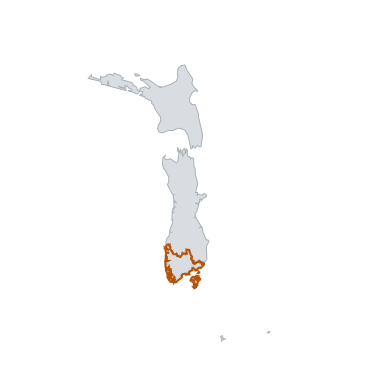 Southland District, Southland, New Zealand (highlighted), rotated 315°
{"feature_id": "76426892B99609638104575", "entity_name": "Southland District", "entity_type": "district", "adm_level": 2, "iso_a3": "NZL", "parent_name": "New Zealand", "parent_adm1": "Southland", "projection": "equal_earth", "projection_center": [167.626, -45.773], "detail": "fine", "context": "in_parent", "style": "outline", "palette": "amber", "viewbox_px": 384, "rotation_deg": 315, "n_neighbors": 0, "source": "geoboundaries", "source_scale": "gbopen_adm2", "svg_char_len": 9358}
<svg xmlns="http://www.w3.org/2000/svg" viewBox="0 0 384 384"><g transform="rotate(315 192 192)"><path d="M201.6,160.5L203.1,160.6L210.0,155.5L212.8,154.4L213.6,154.2L212.0,155.8L212.3,156.9L210.7,160.4L212.0,159.9L212.9,157.4L213.8,156.9L213.5,155.6L217.5,156.0L216.1,158.5L213.9,159.9L215.2,160.0L218.4,157.5L218.3,159.0L214.2,163.2L215.3,165.5L214.2,167.4L215.4,167.1L216.8,168.6L215.9,170.5L211.4,175.3L210.7,177.7L206.7,182.0L202.2,189.9L194.2,194.9L195.6,196.3L192.8,198.2L195.0,197.9L196.4,200.9L199.9,201.8L200.1,204.7L197.8,205.5L195.6,204.2L192.3,204.7L193.4,203.5L192.1,202.7L189.6,205.1L186.3,202.3L188.1,205.6L181.2,209.3L178.4,209.6L177.3,211.7L175.7,211.8L176.6,212.4L174.3,222.7L172.4,222.7L174.1,223.8L173.8,224.9L171.5,227.8L168.3,235.7L169.4,237.5L169.2,238.8L163.5,240.8L155.0,250.1L147.5,251.4L143.3,250.3L138.3,251.0L137.5,248.4L135.9,246.9L131.4,247.0L129.4,244.1L127.5,243.4L125.3,244.9L118.4,244.7L117.2,244.2L116.9,243.2L119.5,240.2L117.1,241.8L116.1,241.6L117.1,240.3L117.0,239.1L114.1,240.3L114.3,237.8L120.6,236.1L118.1,235.9L118.0,235.0L120.4,233.1L117.1,233.3L117.7,231.1L119.5,231.1L118.9,229.4L122.6,231.1L122.1,229.6L123.5,229.1L121.0,228.0L120.9,226.3L122.2,225.1L123.9,225.6L122.8,224.2L125.8,221.3L126.6,223.5L126.8,220.4L130.7,217.4L132.3,218.6L131.6,215.8L138.3,208.7L142.0,206.9L144.0,207.2L147.5,205.0L148.9,205.9L148.4,204.3L148.8,203.5L157.5,199.5L157.6,198.1L158.5,197.9L157.9,197.6L162.9,193.1L165.0,193.4L163.8,192.1L165.8,190.9L167.8,191.8L166.7,190.4L168.6,189.6L169.5,190.8L169.6,189.0L172.7,185.4L173.2,188.3L173.5,187.9L173.4,185.1L175.6,181.7L177.3,181.0L176.5,180.0L179.8,169.5L183.0,168.2L186.0,165.1L188.0,159.2L188.8,154.8L190.6,151.5L195.6,147.3L199.7,147.3L196.8,147.7L196.4,149.9L197.2,151.7L200.1,153.0L201.6,160.5ZM202.5,39.9L206.7,48.0L209.0,45.5L209.3,47.4L213.6,49.6L214.4,48.9L217.9,51.0L218.4,53.9L220.9,52.9L223.8,59.0L223.2,60.6L224.2,62.7L221.6,62.9L226.9,72.2L226.1,75.5L227.0,77.7L225.5,81.8L227.8,83.1L228.7,82.0L233.3,84.6L234.4,88.4L236.5,88.3L236.1,79.1L234.8,76.7L235.8,75.2L238.7,80.1L239.9,79.9L241.2,83.9L242.5,92.6L244.2,95.3L243.2,94.8L243.0,95.5L243.9,96.3L252.7,100.7L259.5,102.5L263.4,100.8L265.9,97.4L269.8,94.7L273.4,94.9L276.9,97.1L274.7,101.9L272.5,112.5L268.4,115.5L267.3,120.9L267.9,123.0L267.1,124.7L265.5,122.4L262.0,121.8L255.9,124.4L254.1,127.0L253.8,130.3L256.0,132.4L252.0,140.9L249.8,143.3L239.7,159.4L230.5,166.3L229.4,165.7L228.7,162.9L225.0,163.1L225.3,159.9L224.9,159.6L223.4,161.3L221.8,160.7L229.2,149.1L230.7,143.2L229.5,140.2L227.6,137.3L221.8,134.9L219.0,131.9L213.4,129.5L211.8,128.0L211.2,126.1L212.4,122.9L215.5,121.0L220.0,119.8L222.7,116.7L224.7,106.7L226.5,103.1L226.0,100.8L227.8,99.2L225.3,92.8L225.9,90.8L225.1,90.6L223.5,86.5L224.5,86.3L225.5,88.6L226.5,86.7L228.2,86.2L226.3,83.7L223.8,84.4L222.1,83.7L220.9,79.8L218.4,75.5L219.2,75.4L221.3,77.5L222.0,75.9L220.7,73.4L221.3,71.0L219.7,69.6L219.4,71.1L216.5,68.8L215.0,64.9L214.9,66.9L218.2,72.5L217.2,73.7L216.7,73.1L208.2,58.3L211.3,54.2L209.5,55.0L207.7,57.5L206.9,56.5L206.4,54.6L204.3,52.1L205.3,50.6L205.4,48.7L198.9,38.4L203.6,37.9L202.5,39.9ZM132.9,252.4L135.3,255.9L133.9,255.6L134.0,256.4L136.5,257.1L136.5,258.6L127.3,261.7L130.9,255.9L130.7,252.5L132.9,252.4ZM110.7,317.3L111.5,319.3L108.7,318.2L107.1,318.7L109.4,316.7L109.7,314.5L111.8,314.8L110.7,317.3ZM236.7,69.8L237.2,72.7L234.4,70.6L234.3,69.1L235.1,68.0L236.7,69.8ZM212.4,153.3L210.6,154.3L211.1,152.1L213.2,150.7L212.4,153.3ZM117.3,235.2L117.1,236.4L114.5,235.9L116.5,234.5L117.3,235.2ZM147.6,344.9L148.3,345.7L147.0,346.1L145.7,344.9L147.6,344.9ZM120.3,227.2L120.8,229.2L119.2,228.3L120.3,227.2Z" fill="#d9dde1" stroke="#a8b0b8" stroke-width="1"/><path d="M134.2,211.7L135.1,212.3L134.7,212.9L133.4,212.9L133.6,213.1L133.7,213.8L134.3,214.3L134.5,216.1L134.2,216.0L133.5,213.0L133.3,213.7L132.6,213.9L131.1,215.7L131.1,217.5L132.4,217.9L132.6,218.9L131.8,217.9L131.0,217.5L130.7,217.0L130.3,217.2L128.7,218.2L129.1,218.9L128.5,218.5L127.9,218.9L127.8,219.5L128.6,220.0L128.7,220.6L128.2,219.8L127.4,219.7L126.9,220.1L127.6,220.9L127.0,221.7L127.4,222.2L126.9,221.6L127.5,220.9L126.9,220.5L126.3,220.4L125.1,221.3L125.8,223.1L125.5,223.1L126.3,223.9L125.9,223.8L125.5,224.2L125.7,223.6L125.2,223.3L125.4,222.7L124.8,221.6L124.0,222.0L123.4,222.8L123.7,223.0L122.4,223.8L120.2,226.5L120.5,227.0L120.1,227.4L120.7,228.9L122.8,228.4L122.4,228.9L123.0,229.6L122.1,229.0L120.6,229.5L122.0,230.7L122.4,231.6L122.1,231.9L121.3,232.7L122.0,231.4L121.0,230.2L120.8,231.2L119.5,231.3L120.8,231.0L120.5,230.5L120.9,230.1L120.2,229.6L119.2,230.0L119.9,229.6L118.5,228.8L117.9,229.7L116.8,232.1L116.8,232.4L117.1,232.5L116.5,232.7L116.3,233.9L117.2,233.9L118.9,233.3L118.8,232.9L120.7,232.4L119.1,233.3L120.5,233.5L120.4,233.7L118.9,233.5L117.1,234.2L117.1,235.3L120.2,234.3L119.8,234.8L117.4,235.4L117.1,236.4L118.3,236.0L119.7,236.3L120.0,235.9L119.9,236.3L120.3,236.2L119.1,236.6L118.5,237.0L117.7,237.0L115.0,237.9L115.4,237.5L113.6,237.8L113.2,239.3L113.5,240.9L113.8,241.1L115.4,240.4L116.5,238.8L116.8,238.6L116.0,240.1L117.6,240.0L117.6,240.4L115.7,240.7L115.6,241.8L115.3,241.5L115.0,242.4L115.6,241.9L116.0,242.3L116.4,241.8L116.6,242.0L116.5,241.8L117.1,241.2L116.7,241.9L116.9,242.2L117.2,241.6L117.2,241.9L117.6,241.8L117.2,241.3L117.7,240.6L118.7,240.4L119.5,239.6L119.5,239.8L118.7,240.6L117.7,241.0L117.8,241.7L117.2,242.0L117.2,242.4L117.1,242.1L117.0,242.8L115.7,243.3L115.7,243.5L116.3,244.3L117.8,244.8L119.0,244.4L123.4,245.3L125.0,245.1L125.3,244.7L125.1,244.2L125.8,243.5L127.3,243.5L129.9,245.4L130.0,245.9L129.4,246.3L130.7,247.4L131.3,247.0L131.9,247.4L131.9,247.0L132.3,246.9L133.9,247.3L132.9,246.6L132.8,246.3L132.8,246.1L132.9,246.5L133.7,246.4L133.6,246.8L134.8,246.6L136.5,247.5L136.7,247.0L138.1,246.3L138.0,246.7L138.4,246.9L139.3,247.0L139.2,249.6L140.4,250.9L141.0,250.7L140.7,250.7L140.8,250.7L141.0,250.6L140.5,250.2L141.2,250.1L143.6,250.6L144.3,251.9L147.1,252.1L148.1,251.6L147.9,251.5L147.9,250.9L148.4,251.3L148.1,251.7L148.8,251.9L149.5,251.5L149.8,251.2L149.6,250.6L148.7,250.2L149.5,249.4L148.5,249.0L148.3,248.5L148.8,248.2L148.8,247.6L148.0,247.2L148.7,246.4L148.6,245.8L148.0,245.4L146.8,245.9L146.2,245.3L145.2,245.3L145.2,245.0L143.7,245.0L143.3,244.8L143.7,244.1L142.5,243.8L142.5,243.1L143.8,242.9L144.1,242.4L143.8,242.3L144.1,241.9L143.3,241.5L143.6,240.7L144.1,240.7L143.8,239.8L144.3,239.4L144.0,238.9L144.3,238.2L145.6,238.2L146.0,237.5L146.4,237.5L146.3,236.4L146.7,235.3L147.6,233.9L148.3,231.8L149.0,231.5L149.1,231.0L147.3,228.7L145.9,230.2L144.9,232.0L144.5,231.5L143.5,231.5L143.5,230.3L142.4,229.9L142.2,228.3L140.4,229.4L137.7,229.7L137.2,228.3L137.4,227.9L136.7,227.6L136.3,226.6L137.2,226.0L137.5,224.7L136.5,224.6L135.7,223.9L135.2,223.2L135.0,222.1L135.1,221.3L135.7,221.3L136.2,219.9L135.7,219.5L136.6,216.5L137.3,215.7L137.9,215.7L138.3,214.5L138.1,214.2L138.9,213.5L138.3,213.3L138.5,213.1L138.0,212.9L138.0,212.1L137.2,211.7L135.6,212.1L134.2,211.7ZM131.8,252.3L129.8,252.8L129.6,254.1L130.2,255.0L130.5,256.2L129.2,257.1L129.6,257.5L129.5,258.0L129.8,258.2L129.8,258.3L130.0,258.3L129.9,258.3L128.6,258.2L127.8,259.0L128.2,259.3L127.7,260.0L128.0,260.2L126.6,261.0L126.4,262.0L127.5,262.2L128.2,261.5L128.5,261.5L128.4,261.9L128.9,261.8L129.0,261.1L128.6,261.5L128.4,261.3L127.9,261.5L127.7,261.3L128.8,260.8L128.3,260.7L129.3,260.7L129.1,260.2L129.6,260.0L129.9,260.5L131.1,260.6L132.8,259.6L133.2,259.7L133.3,259.3L135.1,259.4L134.3,259.0L134.4,258.9L134.2,258.8L134.3,258.8L134.1,258.8L134.1,258.7L134.3,258.7L134.3,258.9L134.4,259.0L135.3,259.4L135.2,258.8L136.2,259.1L135.3,258.6L135.7,258.4L135.6,258.2L135.9,258.5L136.1,258.6L136.0,257.9L136.3,257.7L135.7,257.0L135.9,256.2L135.2,257.3L134.4,257.3L135.1,256.8L133.7,256.7L133.6,256.2L133.2,256.3L133.0,256.7L132.0,257.2L133.1,256.3L132.7,255.5L133.4,255.7L133.3,255.3L133.5,255.3L133.8,255.8L133.6,255.9L134.0,256.1L134.3,255.7L135.2,256.0L135.5,255.8L135.1,255.8L135.3,255.2L134.4,255.1L134.6,254.7L133.5,254.0L133.1,252.9L131.8,252.3ZM116.4,234.3L115.2,234.5L114.8,235.1L114.6,234.7L113.4,236.6L114.6,235.6L114.8,235.1L114.8,235.7L115.2,235.8L114.7,235.9L115.2,235.9L114.9,236.2L115.5,236.5L115.2,236.5L115.3,236.8L116.0,236.6L116.0,236.2L116.2,236.8L116.5,236.7L117.0,235.9L116.9,234.7L116.4,234.3ZM120.1,226.7L118.8,228.3L120.5,229.2L119.9,227.6L120.1,226.7ZM128.5,253.4L128.4,254.0L129.1,253.9L129.1,253.6L128.5,253.4ZM140.3,253.1L139.6,253.4L139.8,253.7L139.4,253.7L140.0,254.2L140.4,253.7L140.3,253.1ZM126.2,261.2L125.7,261.3L125.5,261.7L125.8,261.8L126.2,261.2ZM129.9,260.6L129.5,260.6L129.7,260.9L129.9,260.6ZM135.4,256.4L134.8,256.3L135.4,256.4L135.4,256.4ZM136.6,256.1L136.4,255.9L136.3,256.1L136.6,256.1ZM125.7,261.0L125.4,261.0L125.7,261.0ZM129.3,260.9L129.2,260.7L129.1,260.8L129.3,260.9ZM131.6,248.5L131.3,248.5L131.6,248.6L131.6,248.5ZM125.9,259.9L125.7,259.8L125.7,260.1L125.9,259.9ZM129.3,256.8L129.1,256.7L129.2,257.0L129.3,256.8ZM119.3,250.6L119.2,250.5L119.3,250.6ZM140.8,253.7L140.7,253.6L140.8,253.7ZM129.3,256.6L129.2,256.5L129.3,256.6ZM135.5,256.1L135.4,256.0L135.5,256.1ZM136.3,254.8L136.2,254.7L136.2,254.9L136.3,254.8ZM135.5,259.5L135.3,259.5L135.5,259.6L135.5,259.5ZM136.2,254.9L136.1,255.0L136.2,254.9ZM129.8,252.6L129.7,252.7L129.8,252.6ZM126.3,261.1L126.2,261.1L126.3,261.1ZM136.2,258.7L136.3,258.7L136.2,258.7Z" fill="none" stroke="#b45309" stroke-width="2"/></g></svg>